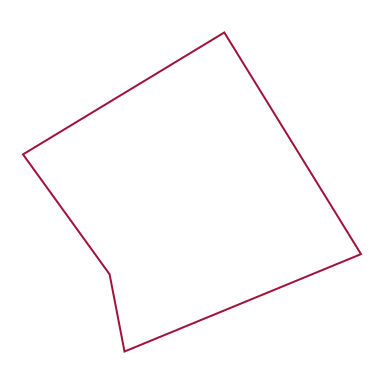 46, Ad Dawhah, Qatar (Equal Earth projection)
{"feature_id": "91078587B47528801235686", "entity_name": "46", "entity_type": "district", "adm_level": 2, "iso_a3": "QAT", "parent_name": "Qatar", "parent_adm1": "Ad Dawhah", "projection": "equal_earth", "projection_center": [51.544, 25.231], "detail": "fine", "context": "isolated", "style": "outline", "palette": "rose", "viewbox_px": 384, "rotation_deg": 0, "n_neighbors": 0, "source": "geoboundaries", "source_scale": "gbopen_adm2", "svg_char_len": 218}
<svg xmlns="http://www.w3.org/2000/svg" viewBox="0 0 384 384"><path d="M224.3,32.5L223.6,32.9L223.1,33.2L23.0,154.4L109.6,274.3L124.5,351.5L361.0,254.1L224.3,32.5Z" fill="none" stroke="#9f1239" stroke-width="2"/></svg>